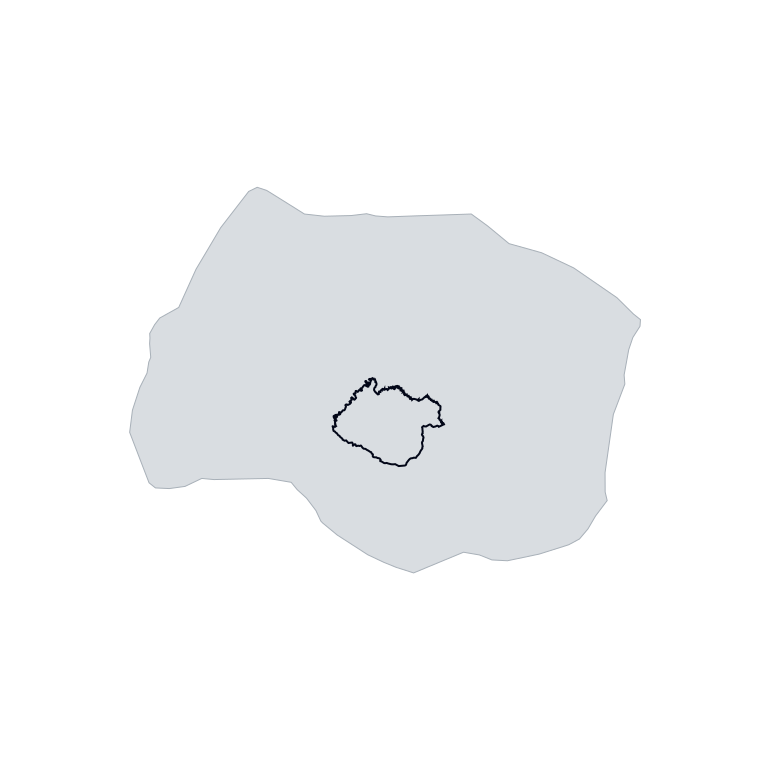 location of Khutlo-se-Metsi, Thaba-Tseka, Lesotho, rotated 58°
{"feature_id": "5366337B67147005930942", "entity_name": "Khutlo-se-Metsi", "entity_type": "district", "adm_level": 2, "iso_a3": "LSO", "parent_name": "Lesotho", "parent_adm1": "Thaba-Tseka", "projection": "natural_earth1", "projection_center": [28.357, -29.676], "detail": "fine", "context": "in_parent", "style": "outline", "palette": "ink", "viewbox_px": 768, "rotation_deg": 58, "n_neighbors": 0, "source": "geoboundaries", "source_scale": "gbopen_adm2", "svg_char_len": 7079}
<svg xmlns="http://www.w3.org/2000/svg" viewBox="0 0 768 768"><g transform="rotate(58 384 384)"><path d="M487.3,503.7L469.3,509.7L466.8,510.2L455.2,508.8L439.7,510.2L427.6,513.6L418.2,514.8L402.8,532.1L374.9,578.9L367.5,588.6L365.4,607.0L358.9,621.5L351.0,632.9L343.3,635.6L320.0,631.1L290.2,625.3L272.9,611.2L257.4,592.7L249.2,579.2L240.7,571.8L237.8,567.7L225.6,561.4L221.1,558.2L217.0,555.9L212.1,547.0L209.2,539.2L210.3,517.5L201.7,504.6L187.0,482.5L177.7,464.4L164.9,439.7L157.1,418.6L149.0,396.7L150.0,387.3L157.7,380.9L180.2,369.9L197.7,361.4L210.1,345.7L223.8,322.5L230.4,308.5L237.0,302.1L244.3,292.2L256.9,270.3L271.0,246.0L286.1,219.9L305.1,212.3L331.2,203.6L356.2,180.8L386.1,161.6L434.3,140.7L456.8,135.4L465.3,132.4L470.7,136.3L476.4,148.3L484.6,158.3L503.6,175.6L511.7,179.8L531.3,205.6L552.2,223.2L576.3,243.5L592.8,253.7L601.1,256.5L608.0,274.5L615.0,287.9L619.0,300.4L618.2,312.6L610.5,342.5L599.3,373.0L590.4,385.7L579.5,393.7L568.8,405.7L564.7,430.2L559.9,459.0L546.0,470.8L535.2,478.6L520.3,488.2L487.3,503.7Z" fill="#d9dde1" stroke="#a8b0b8" stroke-width="1"/><path d="M451.1,425.8L451.7,425.1L452.4,423.5L453.5,422.7L456.0,420.3L457.2,418.4L457.9,417.0L461.4,415.0L464.2,409.5L464.3,408.5L463.9,407.8L462.9,406.7L462.5,405.7L461.5,403.0L461.2,401.6L461.3,400.6L462.0,399.1L462.3,397.7L463.4,396.3L463.5,396.0L462.7,394.4L462.3,392.4L461.6,390.6L460.4,388.9L459.7,387.4L459.3,386.3L458.9,385.6L457.9,385.0L457.5,384.3L454.0,383.0L453.3,382.2L452.9,381.2L450.9,379.6L450.6,379.0L449.1,378.5L448.0,378.8L446.9,378.6L446.7,378.4L446.2,377.2L445.5,377.0L444.7,376.3L443.3,375.7L441.7,374.8L441.0,374.7L440.7,374.2L440.6,372.6L441.3,372.2L442.3,370.9L442.5,366.9L442.9,366.3L443.4,365.9L444.5,365.7L445.0,365.9L445.3,365.5L446.6,365.0L447.3,362.9L447.5,361.0L448.4,360.3L449.3,360.2L449.8,355.9L449.8,355.3L450.0,354.5L449.3,354.4L449.2,354.6L448.6,354.5L448.4,354.9L447.9,354.9L448.0,355.2L447.7,355.3L447.8,355.6L447.5,355.5L447.0,355.8L446.9,355.7L447.0,355.5L446.5,355.4L446.4,355.2L446.2,355.4L445.6,355.0L445.7,355.4L445.3,355.2L445.1,355.4L444.9,355.2L444.1,355.7L443.5,355.5L443.3,355.8L442.2,355.5L441.8,355.8L441.3,354.8L439.9,353.3L439.1,352.9L438.5,352.9L437.5,352.3L437.3,352.8L436.7,352.7L436.3,352.2L435.8,349.9L433.9,348.7L433.4,348.2L432.6,347.9L430.4,348.9L429.6,348.6L429.5,348.8L428.6,349.1L427.8,348.5L427.4,348.6L427.5,349.0L427.1,349.2L427.4,349.8L427.1,349.8L426.9,349.5L426.6,350.1L425.8,350.6L425.6,351.1L424.8,350.7L424.6,351.2L424.7,351.6L424.4,351.6L424.2,351.3L423.6,352.3L422.9,352.5L422.6,352.2L422.3,352.8L421.4,352.5L420.8,353.2L420.5,352.8L419.8,353.2L420.0,353.5L419.8,353.6L419.3,353.3L418.8,353.6L418.5,353.2L418.1,353.8L417.8,353.5L417.6,353.5L417.5,353.9L417.3,353.3L416.8,353.7L416.8,353.4L416.5,353.3L416.7,353.9L416.4,354.3L416.7,355.6L416.7,356.7L417.3,359.4L417.3,359.9L416.8,361.4L416.8,363.4L416.0,363.9L415.6,362.9L415.3,362.7L415.5,363.5L415.3,363.8L412.6,366.3L412.5,366.6L412.2,366.9L412.1,367.6L412.3,368.6L412.0,368.5L411.5,368.8L411.1,368.3L410.9,368.4L410.7,369.0L410.3,368.5L409.8,368.5L409.5,369.0L409.8,369.4L409.8,369.7L409.1,369.6L409.0,368.8L407.3,370.3L406.9,369.6L406.1,370.6L405.1,370.3L405.1,370.7L404.1,371.2L404.2,371.6L404.6,372.0L404.5,372.3L404.2,372.4L403.9,372.4L403.9,371.7L403.8,371.4L402.9,372.1L402.0,371.3L401.5,371.6L401.3,372.1L401.0,371.3L400.6,371.2L400.3,371.5L400.4,372.0L400.1,372.1L399.7,371.2L399.5,371.4L399.4,372.3L398.8,372.1L398.3,372.3L398.3,372.8L398.4,373.2L398.2,373.4L397.9,373.2L398.0,372.4L397.8,371.9L397.5,371.9L397.0,372.3L396.7,372.2L397.0,371.6L396.8,371.4L396.2,371.8L396.3,372.2L396.8,372.5L396.6,373.0L396.4,373.1L396.0,372.9L395.5,373.8L394.9,373.6L394.3,372.7L393.9,372.7L393.9,373.6L394.2,374.3L394.2,374.6L393.9,374.6L393.4,373.6L392.9,373.5L392.6,373.8L392.0,375.5L392.0,375.9L393.3,376.6L393.8,377.4L393.9,377.9L393.7,378.1L392.7,378.4L392.0,377.6L391.4,377.6L390.9,377.8L391.0,378.2L391.9,378.4L391.8,380.0L391.5,380.2L391.0,379.5L390.6,379.4L390.1,380.2L390.2,381.4L389.7,381.7L390.6,382.1L390.4,383.2L390.5,383.5L390.9,383.6L391.0,384.1L389.6,384.4L389.4,384.8L389.1,386.5L388.3,386.1L388.8,386.9L388.4,387.4L387.8,387.4L387.4,387.8L387.6,388.4L388.2,389.0L387.6,389.2L387.8,390.1L388.2,390.8L388.9,391.3L388.7,391.6L388.0,391.7L387.8,392.2L388.0,392.4L388.4,392.4L389.0,392.9L389.1,394.1L389.3,394.4L389.7,394.3L389.6,394.7L387.7,395.3L387.5,395.1L385.8,395.7L383.8,395.6L382.9,394.9L382.1,393.9L382.0,392.8L381.3,392.2L380.8,391.0L380.0,390.3L378.1,389.7L377.9,389.8L377.7,390.3L377.4,390.2L376.8,389.6L376.1,389.4L375.6,389.5L375.3,389.2L375.1,389.2L375.1,390.0L374.5,390.6L373.7,390.9L373.6,390.7L373.5,390.9L373.0,390.8L372.8,392.3L372.0,393.7L372.1,394.2L372.7,394.2L373.5,393.2L374.2,393.1L374.5,393.8L375.8,395.2L376.6,395.8L377.0,396.5L377.0,397.0L376.4,397.9L376.1,398.0L375.6,397.6L375.2,396.3L374.9,396.1L374.4,396.5L373.5,397.9L372.8,397.9L372.1,397.6L371.9,397.7L371.7,398.1L372.1,398.6L374.0,398.5L375.3,399.0L375.8,399.0L376.2,398.9L376.8,398.3L377.4,398.1L377.9,398.6L377.7,399.2L375.9,400.3L375.0,400.6L374.5,401.3L375.1,403.3L375.7,404.4L375.8,405.1L375.4,405.9L375.5,406.5L376.2,406.7L377.3,405.9L377.8,406.1L377.8,406.3L377.7,406.9L376.5,407.8L376.0,408.4L376.0,408.8L376.7,409.9L376.6,410.6L375.2,411.2L375.0,411.7L375.8,412.5L376.7,413.1L376.2,414.4L376.3,414.9L377.0,415.1L377.9,414.6L378.5,414.5L380.0,415.0L380.8,414.9L381.1,415.2L381.3,416.1L381.6,416.8L381.6,417.4L381.2,417.7L379.0,418.0L378.3,418.4L378.5,419.3L379.9,419.5L380.3,419.8L380.3,420.6L380.6,421.2L380.5,422.1L380.7,422.6L381.2,422.6L382.0,421.7L382.3,421.9L382.8,423.3L382.7,425.4L382.4,426.0L381.7,426.3L381.3,427.0L381.3,427.6L381.6,428.0L382.9,428.2L383.3,428.5L383.6,429.1L384.6,430.2L385.2,431.4L385.1,432.0L384.6,432.7L384.6,433.1L385.2,434.5L385.5,436.2L385.3,436.5L384.4,436.5L384.1,436.9L384.1,437.1L384.7,437.5L385.5,436.9L386.2,437.0L386.4,437.3L386.2,438.7L385.9,439.1L385.4,439.5L384.7,441.3L384.5,441.6L385.1,442.2L384.5,443.2L384.5,443.6L384.6,443.8L385.8,444.3L386.4,444.3L386.5,443.9L386.3,443.8L385.8,441.9L386.0,441.1L386.2,440.9L386.9,441.1L387.1,442.0L387.3,442.4L387.6,444.3L387.9,444.3L388.5,443.8L388.8,443.9L389.4,443.6L389.8,443.7L389.8,444.0L389.4,444.6L389.0,444.5L388.6,444.7L388.7,445.2L390.3,445.5L391.0,446.2L391.7,446.3L391.9,446.6L392.5,446.6L392.8,447.2L394.3,447.0L394.4,448.2L393.8,449.3L392.7,449.8L392.7,450.0L392.9,450.1L394.6,450.5L395.6,451.2L397.1,451.6L398.4,450.8L399.6,450.7L400.7,450.1L403.1,450.0L404.4,449.2L405.3,449.3L408.3,448.3L409.2,448.6L411.2,447.5L411.8,446.0L415.2,445.4L416.5,442.5L416.9,442.0L418.2,442.2L418.9,442.4L419.4,442.9L419.8,442.9L419.6,440.8L419.7,440.5L420.3,440.2L421.4,440.5L421.8,440.4L422.1,440.2L422.6,438.6L423.6,437.6L423.9,436.3L424.2,436.1L426.5,436.0L428.0,435.6L429.2,434.1L431.3,433.2L432.1,432.6L434.0,431.8L435.1,431.0L436.5,431.3L437.3,430.8L438.0,430.8L439.2,431.8L440.2,431.8L440.9,431.2L442.2,429.3L443.3,428.8L443.9,428.0L444.8,427.2L446.4,427.0L446.9,427.4L447.2,428.0L447.5,428.0L448.1,427.3L451.1,425.8Z" fill="none" stroke="#020617" stroke-width="2"/></g></svg>